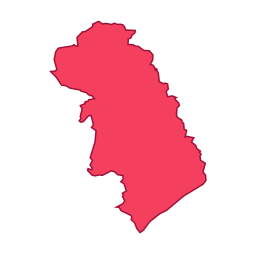 San Rafael, Antioquia, Colombia (Equal Earth projection), rotated 98°
{"feature_id": "7082276B22021388124839", "entity_name": "San Rafael", "entity_type": "district", "adm_level": 2, "iso_a3": "COL", "parent_name": "Colombia", "parent_adm1": "Antioquia", "projection": "equal_earth", "projection_center": [-75.014, 6.308], "detail": "medium", "context": "isolated", "style": "filled", "palette": "rose", "viewbox_px": 256, "rotation_deg": 98, "n_neighbors": 0, "source": "geoboundaries", "source_scale": "gbopen_adm2", "svg_char_len": 1862}
<svg xmlns="http://www.w3.org/2000/svg" viewBox="0 0 256 256"><g transform="rotate(98 128 128)"><path d="M229.9,101.5L226.9,98.4L217.8,93.5L208.6,84.8L204.1,78.3L187.8,63.6L173.2,45.9L169.1,43.5L163.8,44.7L161.1,47.7L152.2,46.5L149.9,51.6L146.1,52.8L143.7,52.0L142.0,53.9L140.8,53.1L139.0,56.8L135.7,58.7L133.2,63.1L128.5,61.5L128.1,68.5L129.0,70.2L122.2,69.6L121.4,72.2L115.6,73.6L114.4,75.5L112.7,75.8L110.6,80.6L108.3,81.8L101.4,82.3L98.5,80.2L96.2,81.3L93.2,85.3L92.1,85.7L91.1,84.4L90.1,88.4L91.4,93.2L86.4,95.3L83.8,93.5L78.8,95.0L78.4,97.9L79.3,99.1L77.7,103.5L69.5,105.6L67.5,106.9L66.7,109.2L65.7,107.7L65.3,109.4L62.3,111.9L62.0,114.7L57.4,113.1L52.3,113.4L48.5,117.7L49.0,123.2L45.7,129.1L45.9,132.4L44.8,134.6L45.3,139.6L40.0,140.1L38.2,137.5L35.4,136.9L32.9,134.4L30.4,134.4L31.3,144.1L28.4,145.4L26.6,147.4L26.3,149.5L26.9,153.4L26.1,155.9L27.8,158.7L27.5,164.7L28.6,167.5L26.5,171.9L30.2,177.5L31.9,176.8L34.3,179.0L38.4,183.8L39.3,186.7L45.5,191.1L53.7,189.0L54.2,190.9L53.0,193.2L54.5,194.6L58.4,207.5L59.5,208.7L62.8,210.2L70.5,210.6L79.8,206.7L81.7,207.8L82.8,212.5L87.7,206.1L94.8,199.8L94.8,195.1L96.5,191.3L97.1,180.4L97.9,179.9L98.8,174.4L101.2,170.3L100.9,168.3L103.6,165.4L105.5,170.8L107.1,171.5L108.1,174.2L109.9,174.0L112.4,178.4L115.5,176.0L123.1,176.9L125.2,176.0L127.8,177.3L128.8,175.7L127.9,173.1L121.4,168.8L120.7,166.3L129.6,162.7L132.6,164.3L135.0,159.3L146.5,158.7L162.7,161.3L164.9,158.7L169.9,160.4L172.8,157.8L174.5,158.5L173.7,161.9L175.7,162.1L179.6,157.2L180.0,154.1L178.4,149.7L178.4,146.7L172.9,138.9L173.0,135.7L175.7,131.6L175.8,126.5L179.4,125.7L182.2,127.7L183.6,124.3L190.6,120.8L193.4,124.5L195.0,123.2L196.6,123.9L200.6,121.1L203.6,122.5L207.9,128.4L207.8,125.8L210.9,123.3L214.1,113.0L215.8,111.8L218.4,112.1L220.8,108.4L226.4,105.2L229.9,101.5Z" fill="#f43f5e" stroke="#9f1239" stroke-width="1.5"/></g></svg>